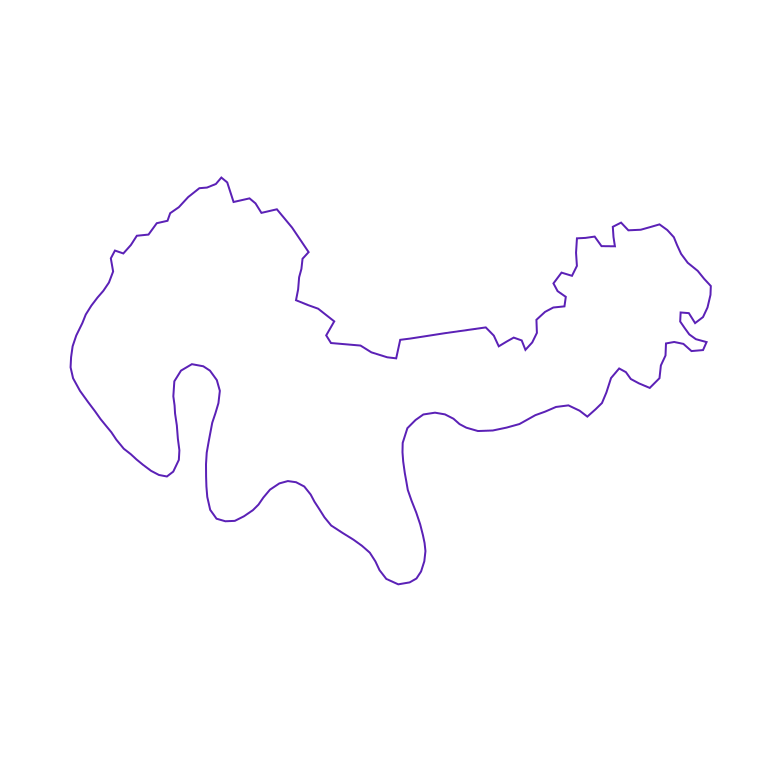 the district of Itá, Santa Catarina, Brazil, rotated 8°
{"feature_id": "56859067B48629479075834", "entity_name": "Itá", "entity_type": "district", "adm_level": 2, "iso_a3": "BRA", "parent_name": "Brazil", "parent_adm1": "Santa Catarina", "projection": "albers", "projection_center": [-52.317, -27.249], "detail": "fine", "context": "isolated", "style": "outline", "palette": "violet", "viewbox_px": 768, "rotation_deg": 8, "n_neighbors": 0, "source": "geoboundaries", "source_scale": "gbopen_adm2", "svg_char_len": 2813}
<svg xmlns="http://www.w3.org/2000/svg" viewBox="0 0 768 768"><g transform="rotate(8 384 384)"><path d="M596.3,191.2L588.7,196.5L590.8,206.5L593.5,215.5L580.2,217.2L572.1,208.7L563.1,211.3L554.8,212.9L555.9,227.3L558.6,240.2L555.1,250.7L544.3,249.0L537.8,260.8L543.0,267.9L551.9,272.4L551.9,282.0L541.0,284.7L533.5,290.1L526.0,299.2L528.3,312.1L525.0,322.2L519.3,330.5L514.3,321.7L506.0,320.0L499.7,324.8L492.4,330.7L486.0,320.8L476.9,313.8L436.9,325.3L418.1,331.0L403.5,335.4L393.9,338.0L392.5,356.9L383.5,357.1L367.1,354.4L355.4,349.2L325.8,350.8L320.0,343.9L326.0,328.9L308.3,318.6L297.7,316.4L285.2,313.3L285.8,302.3L285.1,290.1L286.2,281.5L285.9,271.3L291.0,263.9L271.2,241.9L253.6,225.9L238.8,231.6L231.6,223.0L225.0,218.9L209.7,224.7L200.7,206.2L194.2,202.2L189.7,209.3L181.4,214.1L173.9,215.8L164.1,226.1L156.2,237.5L148.5,244.6L146.9,252.5L136.6,256.4L130.0,268.8L118.6,271.6L114.0,281.6L107.7,291.0L99.0,289.3L96.0,297.6L100.1,310.3L97.5,321.8L93.1,330.8L88.3,338.2L83.3,347.1L79.0,356.7L76.8,365.7L72.5,378.8L70.4,390.0L70.4,401.0L71.3,411.1L75.3,421.6L83.9,433.1L93.3,442.9L101.6,451.2L108.2,458.2L114.9,464.4L120.7,469.7L126.7,476.4L135.3,484.3L143.1,488.8L149.3,493.1L156.5,497.5L165.4,502.4L173.8,505.4L181.9,505.8L187.5,500.1L191.4,487.7L190.6,478.1L187.5,466.9L184.6,453.8L181.2,442.3L179.6,434.4L177.1,425.5L176.0,410.5L181.1,399.0L191.0,391.1L202.6,391.6L209.8,395.0L217.9,403.4L222.4,413.6L222.7,426.0L221.1,436.6L219.3,446.3L218.9,454.7L218.4,465.3L218.0,476.7L218.9,488.2L220.7,500.4L222.4,510.2L224.7,520.4L229.4,532.8L236.9,540.7L246.0,542.0L255.3,540.3L263.7,534.5L271.8,527.1L276.5,520.9L280.3,513.3L285.8,504.5L294.2,497.0L302.3,493.5L310.6,493.5L319.3,496.6L326.8,503.7L331.5,510.2L336.9,516.4L343.6,524.3L351.4,531.5L363.6,537.2L375.4,542.4L384.7,547.3L393.4,553.0L400.2,560.9L405.5,569.0L413.4,576.7L426.0,580.4L437.0,576.9L443.2,572.1L446.8,564.5L448.6,553.9L448.3,543.7L446.3,535.8L443.6,528.3L439.3,517.8L433.8,506.8L427.5,495.7L422.3,485.6L419.7,477.5L417.0,469.3L413.8,458.1L411.8,449.0L410.7,439.7L413.3,424.5L420.2,415.3L427.2,408.7L438.5,405.3L448.6,405.6L457.6,408.7L464.4,413.2L471.6,415.8L483.6,417.5L498.2,414.9L511.5,410.1L523.7,404.8L530.3,399.8L538.2,393.8L547.3,389.0L557.5,382.8L569.6,379.5L581.4,383.2L589.9,388.0L597.1,379.5L602.5,372.5L605.4,361.5L608.0,346.5L614.7,335.9L621.9,338.6L627.7,344.7L636.4,347.9L647.7,350.9L656.0,339.9L655.6,327.1L658.8,316.6L657.6,304.6L665.5,302.0L674.9,302.6L683.9,308.6L695.2,306.0L697.6,297.6L686.6,296.2L679.4,292.4L674.1,286.9L668.6,280.9L667.8,271.9L676.0,271.4L683.6,280.4L690.6,273.3L693.7,263.2L694.9,250.3L694.0,241.5L686.4,235.3L678.9,228.3L667.9,221.7L660.1,213.8L654.9,205.7L650.6,198.3L643.1,192.1L634.6,187.6L626.6,191.2L616.8,195.5L604.6,197.8L596.3,191.2Z" fill="none" stroke="#5b21b6" stroke-width="2"/></g></svg>